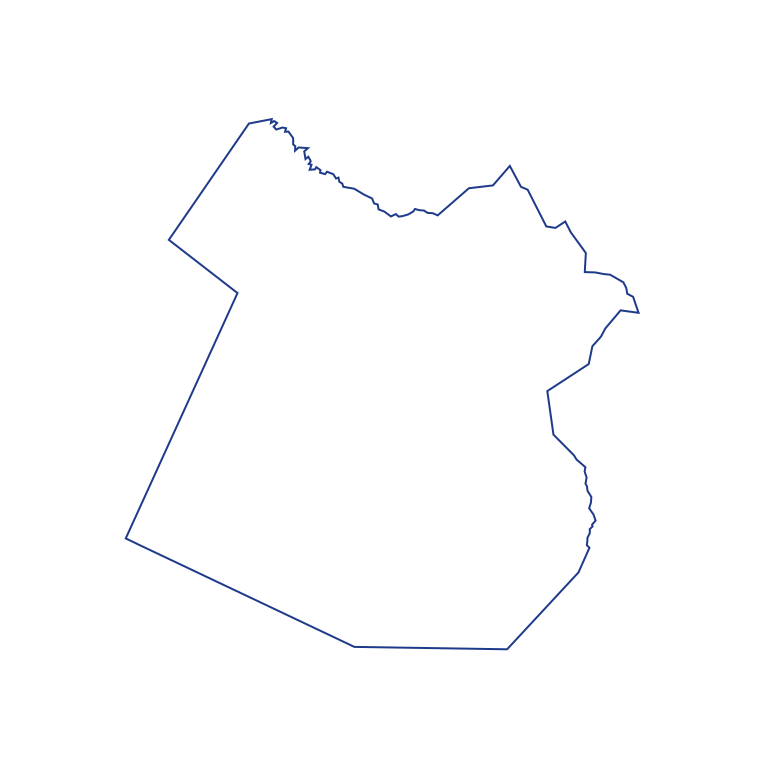 Dei District, Western Highlands, Papua New Guinea, rotated 205°
{"feature_id": "67681753B60748012983133", "entity_name": "Dei District", "entity_type": "district", "adm_level": 2, "iso_a3": "PNG", "parent_name": "Papua New Guinea", "parent_adm1": "Western Highlands", "projection": "robinson", "projection_center": [144.353, -5.658], "detail": "fine", "context": "isolated", "style": "outline", "palette": "blue", "viewbox_px": 768, "rotation_deg": 205, "n_neighbors": 0, "source": "geoboundaries", "source_scale": "gbopen_adm2", "svg_char_len": 1510}
<svg xmlns="http://www.w3.org/2000/svg" viewBox="0 0 768 768"><g transform="rotate(205 384 384)"><path d="M597.7,576.6L616.5,563.0L639.9,423.7L555.2,404.5L552.8,134.9L536.7,134.7L299.8,133.2L160.3,195.6L128.1,295.5L128.6,322.4L132.0,323.6L133.7,328.6L134.6,330.4L134.5,336.0L136.2,339.4L134.8,343.0L136.0,344.5L134.5,349.6L138.9,354.2L145.6,358.1L146.3,363.8L148.3,369.2L154.4,373.2L156.7,376.9L159.3,378.9L160.8,384.8L165.2,389.5L166.3,393.7L177.6,396.9L181.6,399.6L209.0,409.7L233.0,446.6L206.9,488.6L211.1,506.3L207.4,518.5L206.9,527.9L200.7,550.7L183.4,556.1L195.1,568.3L201.7,568.6L204.9,573.3L210.0,577.3L225.4,578.6L231.3,576.5L239.7,574.4L249.3,570.3L250.6,573.4L256.4,588.0L278.8,600.4L288.4,607.9L294.6,597.9L303.5,595.4L335.9,620.8L343.2,620.6L362.1,634.8L369.2,610.0L389.8,597.3L406.6,559.5L412.0,559.4L416.8,557.5L421.1,558.1L425.3,556.5L429.9,555.7L430.3,552.9L433.6,548.0L438.3,543.9L441.5,541.9L445.1,543.0L448.5,538.8L456.6,540.4L462.7,540.0L465.5,544.0L469.3,543.5L473.2,547.1L482.4,547.2L493.5,548.4L504.2,545.5L506.5,548.0L509.9,548.4L512.5,551.8L514.3,550.0L518.6,552.7L525.4,552.3L526.1,549.3L531.3,548.5L532.0,551.0L537.0,551.9L537.3,549.3L541.9,546.8L542.4,552.1L545.2,551.6L544.5,554.7L545.4,555.7L548.7,558.0L550.2,554.7L554.6,561.1L552.6,565.6L561.3,562.3L563.2,557.9L564.9,562.0L567.6,562.8L570.2,568.4L577.3,572.4L580.3,570.8L580.8,574.4L584.3,573.6L589.2,569.1L592.8,570.6L591.2,575.4L594.6,575.9L596.8,572.8L597.7,576.6Z" fill="none" stroke="#1e3a8a" stroke-width="2"/></g></svg>